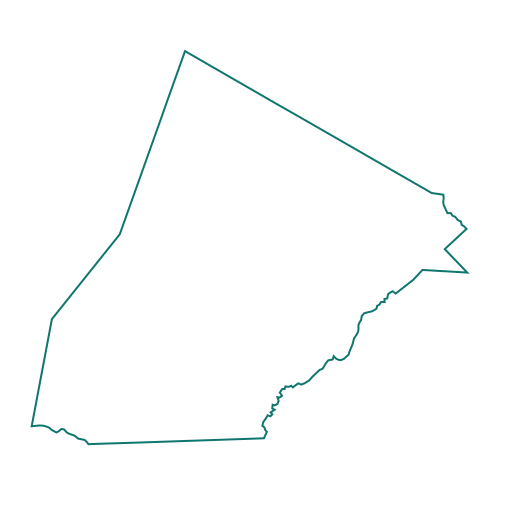 outline of Cristino Castro, Piauí, Brazil, rotated 184°
{"feature_id": "56859067B91593223630343", "entity_name": "Cristino Castro", "entity_type": "district", "adm_level": 2, "iso_a3": "BRA", "parent_name": "Brazil", "parent_adm1": "Piauí", "projection": "equal_earth", "projection_center": [-44.047, -8.801], "detail": "fine", "context": "isolated", "style": "outline", "palette": "teal", "viewbox_px": 512, "rotation_deg": 184, "n_neighbors": 0, "source": "geoboundaries", "source_scale": "gbopen_adm2", "svg_char_len": 1658}
<svg xmlns="http://www.w3.org/2000/svg" viewBox="0 0 512 512"><g transform="rotate(184 256 256)"><path d="M232.9,81.3L234.7,83.2L235.7,85.7L237.8,87.0L237.2,90.8L234.8,94.7L233.2,97.9L230.5,97.1L228.7,99.3L230.5,101.0L228.8,102.4L226.7,103.9L229.2,105.2L229.0,108.8L226.9,108.3L224.3,109.9L223.3,113.0L224.8,116.7L222.6,116.4L220.3,118.4L222.7,121.4L220.6,125.2L218.3,125.2L217.6,127.9L214.1,127.8L211.9,129.0L210.1,127.5L208.1,129.3L205.0,131.9L201.9,130.9L198.5,132.5L194.1,135.8L191.1,139.7L186.6,144.6L184.6,146.8L181.9,148.0L180.7,150.1L178.7,154.1L176.6,157.0L172.3,158.1L171.5,161.5L168.8,159.1L166.1,158.1L163.9,158.1L161.1,159.6L156.6,164.3L156.1,167.1L153.6,174.4L152.4,180.8L150.0,184.9L148.8,187.7L148.7,190.8L149.0,194.3L148.0,197.2L146.7,199.3L146.3,203.5L144.2,206.3L141.0,207.5L136.7,208.8L133.9,210.5L132.1,211.9L131.7,214.7L129.6,216.1L127.9,218.9L124.5,219.1L124.9,222.1L122.1,222.8L121.6,227.1L119.4,229.1L117.2,230.3L114.0,228.3L97.4,243.3L89.0,253.7L69.7,253.9L66.2,254.0L64.2,254.0L44.1,254.2L68.2,276.0L47.9,297.7L50.7,300.3L53.0,301.4L54.0,304.7L57.2,305.9L59.9,308.9L62.8,309.9L64.7,312.4L68.0,312.1L69.9,315.5L72.4,320.1L73.0,322.7L72.8,326.8L73.4,330.2L85.2,331.1L120.0,348.0L211.5,392.5L249.5,410.8L314.2,442.3L341.1,455.4L356.5,400.5L361.3,382.9L363.2,376.3L378.9,320.1L393.4,268.2L455.2,178.8L467.9,70.5L462.7,71.4L460.3,71.8L457.5,71.9L454.9,71.7L450.5,70.4L447.5,68.1L445.0,67.1L442.9,66.0L440.4,67.5L438.2,69.8L435.5,69.7L432.1,66.5L428.5,65.2L426.1,64.6L424.0,63.9L420.8,61.5L416.9,60.9L414.2,60.6L412.1,58.9L410.0,56.6L403.6,57.3L360.2,61.7L235.4,74.7L232.9,81.3Z" fill="none" stroke="#0f766e" stroke-width="2"/></g></svg>